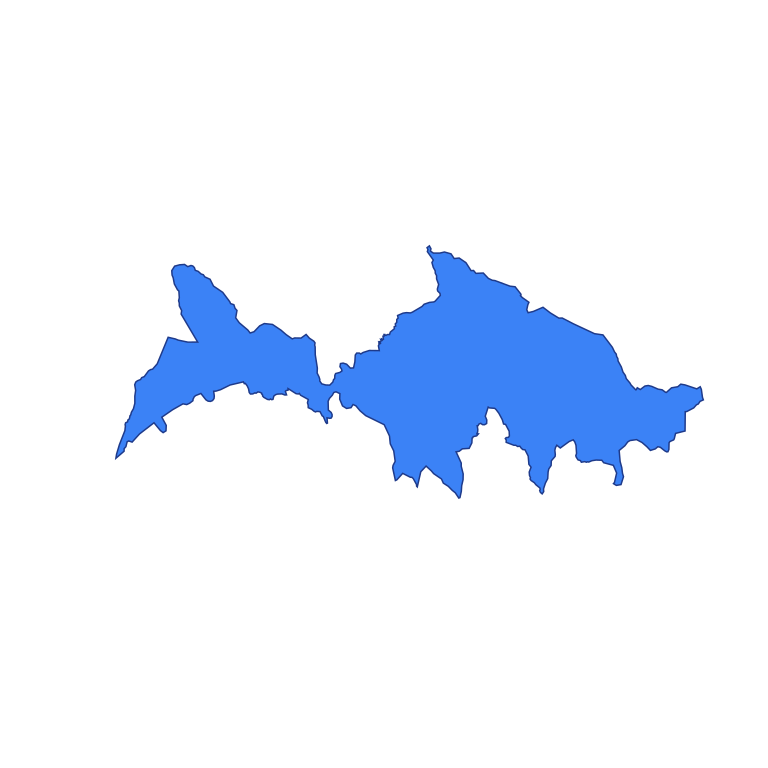 the district of Yilo Krobo, Eastern, Ghana, rotated 148°
{"feature_id": "2480657B63323125119927", "entity_name": "Yilo Krobo", "entity_type": "district", "adm_level": 2, "iso_a3": "GHA", "parent_name": "Ghana", "parent_adm1": "Eastern", "projection": "equal_earth", "projection_center": [-0.125, 6.157], "detail": "fine", "context": "isolated", "style": "filled", "palette": "blue", "viewbox_px": 768, "rotation_deg": 148, "n_neighbors": 0, "source": "geoboundaries", "source_scale": "gbopen_adm2", "svg_char_len": 6171}
<svg xmlns="http://www.w3.org/2000/svg" viewBox="0 0 768 768"><g transform="rotate(148 384 384)"><path d="M650.7,463.1L640.1,464.7L638.6,466.9L636.1,467.6L632.5,471.1L630.7,471.0L628.4,468.2L617.8,471.2L599.6,473.0L598.3,463.0L597.1,459.8L593.7,459.8L590.6,464.3L590.0,473.6L576.8,474.2L565.0,473.7L562.2,471.1L558.9,470.7L554.9,471.1L554.1,472.2L551.7,473.7L549.9,474.0L544.3,473.0L543.4,464.9L542.3,462.7L540.4,461.2L538.2,460.8L535.9,461.7L534.3,463.7L532.3,468.1L530.2,467.0L525.7,465.8L515.0,464.7L502.1,460.3L502.3,458.3L501.3,458.0L501.0,455.1L501.4,451.8L502.8,448.2L502.6,446.3L500.5,445.1L498.2,444.9L497.4,444.0L495.1,444.1L493.5,442.6L492.6,441.0L493.0,440.4L492.8,439.1L493.3,438.1L493.0,436.4L491.0,432.7L489.5,431.4L488.2,431.5L487.5,430.2L486.3,429.8L483.9,432.1L481.6,432.4L479.7,431.9L475.8,429.7L473.9,427.2L472.4,426.4L471.5,430.1L470.4,430.3L468.7,429.6L467.8,431.0L463.7,422.4L461.9,420.9L460.8,420.9L460.7,418.7L456.4,411.0L458.9,408.6L459.4,406.5L460.8,404.1L458.7,400.8L457.8,398.0L456.9,396.6L455.5,396.4L452.9,394.5L453.3,389.7L452.7,388.6L453.7,382.4L453.5,380.9L452.7,380.8L450.2,385.5L448.1,383.6L446.8,383.1L445.2,384.0L444.2,385.6L443.9,387.9L445.0,391.4L440.5,399.0L437.9,400.7L433.7,401.9L431.1,403.4L428.8,402.8L426.5,399.2L429.6,394.6L430.8,387.4L428.7,383.1L424.5,381.4L421.1,383.0L419.4,380.4L418.5,374.0L416.3,366.9L405.4,349.4L406.9,337.0L410.4,329.9L411.2,322.1L415.5,312.5L419.4,310.2L421.1,308.3L425.5,296.1L423.9,295.9L415.5,298.3L411.1,291.0L409.7,290.0L409.3,288.2L409.7,281.5L410.5,280.1L410.3,279.1L399.3,290.1L391.8,292.1L389.9,285.3L389.4,281.7L385.6,273.0L386.2,268.5L383.7,263.2L382.5,257.7L381.2,254.0L381.0,247.6L379.8,247.4L375.3,252.0L372.0,256.6L367.7,260.9L364.5,265.8L362.1,273.3L360.4,276.0L358.8,288.3L355.9,287.1L351.9,287.5L345.9,284.3L340.7,287.5L337.9,291.5L337.2,291.4L336.2,292.1L332.9,290.9L330.4,291.7L331.6,292.6L330.0,293.7L328.5,295.8L327.1,299.2L326.4,298.8L324.7,299.7L322.8,299.4L322.0,297.3L320.3,296.2L317.9,296.1L315.9,299.0L315.2,303.0L307.9,309.2L307.2,307.8L303.0,304.7L302.5,302.9L302.1,298.3L302.6,291.0L303.8,286.7L302.3,285.3L302.9,277.6L305.2,273.5L306.7,272.8L308.8,273.8L310.1,273.4L310.0,271.8L311.3,269.8L306.3,263.2L304.7,262.2L303.8,260.2L301.8,259.3L301.6,256.7L301.0,254.8L299.3,253.5L299.9,246.5L303.7,239.1L303.4,235.5L307.5,232.4L309.1,229.3L309.4,227.0L310.5,226.0L310.4,224.2L308.8,220.6L308.6,218.2L306.9,213.2L307.4,211.8L308.4,211.2L308.8,209.2L308.1,207.0L305.6,208.1L304.3,210.5L299.7,214.4L295.3,217.0L291.4,222.5L289.2,224.7L285.5,226.3L282.8,230.2L277.3,231.9L276.1,233.4L274.2,237.3L272.3,239.2L269.9,240.5L268.4,236.3L257.4,237.1L253.1,236.4L252.9,233.7L253.7,230.2L257.5,223.1L259.3,221.6L259.7,220.4L259.7,216.9L258.0,214.9L258.1,213.1L254.9,211.8L253.8,210.4L252.7,210.2L251.7,209.3L248.4,208.8L244.4,207.1L239.7,203.9L239.4,200.8L232.6,193.5L233.9,185.2L240.7,178.4L242.2,177.9L240.7,174.9L236.3,173.1L230.0,178.5L229.1,181.8L226.7,187.0L224.8,193.2L219.8,203.0L212.4,204.0L208.0,205.7L205.4,205.7L199.3,203.0L196.2,197.7L194.3,191.5L193.3,186.5L188.3,185.2L185.0,185.7L183.2,183.9L181.3,178.5L180.2,176.6L179.1,176.1L177.1,177.5L173.4,183.1L172.0,183.7L168.0,183.1L166.9,183.7L162.9,187.6L153.6,184.6L143.2,200.9L141.9,200.2L134.0,199.6L130.0,200.8L128.1,200.5L125.2,201.8L121.6,201.3L121.0,203.9L117.7,211.3L117.3,214.1L121.3,214.1L129.2,223.7L132.4,226.6L136.3,226.0L142.2,228.4L149.0,227.2L149.6,227.7L151.2,231.7L154.3,234.4L158.2,240.1L160.7,242.7L163.8,244.0L169.6,243.5L171.2,246.6L173.0,245.5L173.6,245.7L175.0,252.3L174.9,254.5L175.7,260.2L174.8,263.4L175.0,267.5L173.7,272.7L173.3,279.5L172.2,281.7L172.1,284.1L171.2,286.3L171.5,288.9L170.9,294.1L172.3,309.6L178.8,315.1L191.5,334.7L197.9,345.5L200.8,347.2L205.3,356.2L208.5,364.8L218.9,366.4L224.0,368.1L223.6,371.3L220.0,375.0L217.8,376.5L220.9,384.0L221.5,386.6L220.6,386.9L220.3,387.8L221.3,397.0L225.3,400.2L235.1,412.9L237.2,414.6L239.5,418.2L241.0,425.5L247.4,429.1L247.9,432.8L250.1,434.0L250.2,443.4L253.5,451.0L258.0,453.2L258.2,458.9L262.8,463.9L267.4,465.5L272.7,468.8L274.2,472.1L272.5,473.8L272.3,477.1L275.3,476.8L275.5,474.7L277.1,473.3L276.5,463.0L279.0,461.6L280.4,456.8L280.6,452.9L281.8,450.8L282.0,448.0L283.7,445.3L284.9,439.5L288.5,436.2L289.2,434.5L288.5,431.2L289.3,429.3L296.9,427.1L298.3,427.2L302.2,429.1L307.7,430.4L310.6,429.6L322.0,429.9L324.0,430.3L327.1,432.6L330.3,434.0L336.2,434.9L337.1,432.4L338.9,432.0L340.6,429.5L342.6,429.0L343.4,426.9L345.1,427.1L345.9,425.4L351.1,424.7L353.1,423.0L354.8,424.1L356.6,424.2L357.2,424.8L357.0,425.5L357.8,426.0L358.8,424.5L359.6,425.0L360.8,422.2L361.4,422.3L362.0,423.3L362.4,422.3L363.2,423.5L363.5,422.2L364.3,421.7L365.7,422.5L365.4,420.4L365.9,420.3L366.7,421.3L367.2,420.2L368.5,419.4L370.3,414.8L378.7,420.2L385.0,421.8L387.8,421.8L388.5,423.3L390.8,424.7L393.0,423.8L396.9,418.3L401.3,413.8L404.1,415.3L405.2,420.6L407.6,423.4L410.1,424.4L412.2,422.0L412.1,419.3L412.7,417.4L415.2,417.2L419.5,418.5L421.0,417.5L423.0,414.7L424.4,414.5L426.3,412.8L430.6,411.8L434.0,414.1L436.7,417.1L436.9,420.6L436.0,421.9L435.3,424.6L434.9,428.7L432.1,432.8L426.8,445.2L422.7,452.0L422.2,453.7L420.7,455.4L420.8,457.5L423.0,462.4L423.8,467.3L430.0,466.9L435.4,470.4L437.9,470.9L440.8,477.7L442.8,484.2L447.0,493.6L453.5,498.7L458.6,499.2L466.5,497.2L470.5,498.2L470.9,502.0L474.3,512.6L474.7,518.7L469.7,524.3L470.2,527.1L469.3,530.8L471.5,533.5L471.2,535.4L472.2,547.2L476.7,557.4L476.0,565.0L479.2,569.8L479.3,572.4L480.8,574.2L481.9,578.0L483.8,580.4L483.1,583.2L483.6,585.4L484.9,586.8L488.2,587.5L489.8,591.1L494.2,593.4L499.1,594.9L503.9,592.6L506.0,588.7L506.5,585.8L508.8,579.9L509.2,573.3L508.7,571.5L511.9,565.6L514.1,563.4L514.7,561.2L516.2,558.7L516.7,553.5L519.0,550.8L519.8,518.3L528.1,523.4L535.3,530.3L537.1,532.8L542.3,538.0L565.6,521.3L572.4,519.2L574.3,519.9L576.8,519.9L583.4,517.3L586.1,517.8L588.1,516.8L591.4,517.4L593.5,517.2L595.8,515.5L598.0,510.2L601.7,505.8L605.5,499.7L609.6,495.8L613.2,493.9L615.3,491.9L616.1,491.8L618.4,489.4L620.2,489.2L621.5,487.8L623.7,488.0L625.2,486.6L625.5,485.5L628.4,481.8L640.5,472.8L648.0,466.2L650.7,463.1Z" fill="#3b82f6" stroke="#1e3a8a" stroke-width="1.5"/></g></svg>